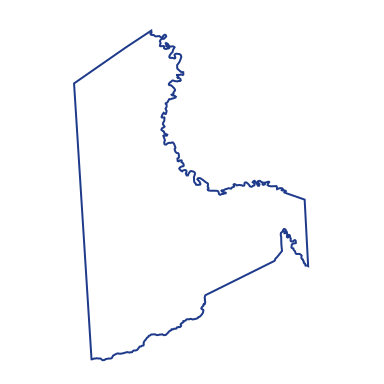 Kamrieng, Batdâmbâng, Cambodia (Natural Earth projection), rotated 267°
{"feature_id": "14789045B46526313837061", "entity_name": "Kamrieng", "entity_type": "district", "adm_level": 2, "iso_a3": "KHM", "parent_name": "Cambodia", "parent_adm1": "Batdâmbâng", "projection": "natural_earth1", "projection_center": [102.586, 13.09], "detail": "fine", "context": "isolated", "style": "outline", "palette": "blue", "viewbox_px": 384, "rotation_deg": 267, "n_neighbors": 0, "source": "geoboundaries", "source_scale": "gbopen_adm2", "svg_char_len": 6048}
<svg xmlns="http://www.w3.org/2000/svg" viewBox="0 0 384 384"><g transform="rotate(267 192 192)"><path d="M306.6,79.9L30.2,82.9L30.2,83.8L30.9,85.8L30.7,86.7L31.0,88.2L30.6,89.7L30.6,91.5L30.4,92.0L28.8,93.7L28.7,94.4L28.9,96.1L29.6,96.9L30.1,100.3L29.9,100.9L30.1,102.6L30.5,103.3L32.7,104.6L34.2,107.6L34.7,109.2L34.2,112.0L34.6,115.0L35.2,117.3L35.5,119.1L34.9,121.3L35.2,122.0L35.1,123.0L35.2,123.8L36.1,124.4L36.8,125.9L36.7,127.3L37.0,128.6L37.5,129.3L40.4,131.7L40.5,133.1L41.1,134.1L41.3,135.4L41.9,135.8L44.0,135.8L45.8,136.8L47.1,138.2L48.7,139.3L49.7,140.9L50.6,141.3L51.1,142.9L51.7,143.6L51.9,144.3L51.7,148.0L50.9,149.3L51.1,151.7L51.3,152.2L51.3,154.1L51.5,154.7L50.5,156.4L50.6,158.2L52.4,160.4L53.7,161.5L54.9,163.3L55.1,164.2L56.0,164.5L55.9,166.2L56.4,167.0L56.3,168.6L56.4,169.1L57.6,169.9L57.5,170.8L58.0,171.7L57.7,172.7L58.0,173.4L59.0,174.2L60.4,173.7L61.2,174.3L62.5,176.6L63.5,176.6L63.7,178.1L64.1,179.0L64.9,179.6L65.2,180.5L65.0,182.5L65.3,183.1L65.3,184.7L64.8,185.6L64.7,186.5L65.2,189.3L65.7,191.1L66.7,191.8L67.0,193.1L68.7,195.0L70.8,196.6L73.1,197.2L73.7,197.1L74.7,195.5L75.3,195.2L76.4,195.8L77.6,197.2L78.6,197.4L79.5,197.9L79.1,198.6L79.9,199.1L81.8,199.5L83.4,199.1L84.0,199.4L85.7,199.1L87.5,199.6L88.3,200.1L118.8,270.6L119.7,271.4L120.8,271.6L122.6,273.6L128.4,278.8L135.2,278.5L142.7,278.7L143.7,278.4L145.9,278.5L146.5,278.7L147.8,280.4L149.3,281.0L150.2,281.8L150.1,282.7L149.6,283.4L148.8,283.8L148.3,283.5L147.5,282.2L146.0,282.2L146.0,283.3L146.8,284.6L145.4,284.9L142.2,284.4L141.6,284.9L141.6,285.5L142.1,286.1L142.6,286.2L143.8,285.7L144.0,286.3L144.0,286.9L143.5,287.4L141.4,287.7L140.3,288.2L138.4,287.9L137.8,288.1L137.5,288.5L137.3,289.5L137.5,290.3L138.6,291.9L138.4,292.6L137.8,293.0L135.7,293.1L135.3,292.0L135.4,291.2L134.9,289.6L134.1,288.9L131.6,288.4L131.0,288.6L130.3,290.3L129.2,290.3L127.3,291.8L125.2,292.3L124.6,293.2L124.6,295.7L124.3,296.6L123.2,297.9L122.6,298.2L120.7,297.7L119.3,298.3L118.8,299.2L117.6,299.3L117.1,299.9L115.4,300.0L114.8,300.4L114.6,301.1L112.6,301.5L112.6,302.9L111.9,304.1L178.5,304.1L186.5,284.5L186.9,284.2L188.0,285.8L188.4,285.5L188.4,284.2L189.1,283.7L188.8,282.2L189.2,281.7L190.2,282.8L190.7,282.6L191.0,282.1L191.3,280.1L190.4,277.1L193.1,276.9L193.5,276.5L193.5,271.6L194.1,268.9L195.1,267.8L196.7,268.6L197.8,269.6L198.3,269.2L197.5,265.2L196.5,265.4L195.8,265.1L195.4,263.6L195.7,263.0L196.2,262.8L197.7,263.4L198.3,262.0L199.6,260.3L199.4,258.6L198.8,258.2L198.1,258.5L196.3,259.8L194.8,259.4L194.7,258.3L198.1,256.5L199.9,255.1L199.8,254.5L199.4,253.8L198.6,253.1L197.4,254.6L196.1,254.9L195.3,254.5L195.2,253.7L194.2,252.0L194.1,251.4L194.7,250.0L195.8,249.6L197.6,248.1L198.6,246.9L198.8,246.3L198.6,245.3L198.0,244.9L196.6,244.8L195.6,244.2L195.6,242.8L196.1,242.1L196.6,239.2L196.2,237.1L197.3,235.8L197.6,235.1L197.6,234.3L197.2,233.9L195.4,234.4L194.8,233.8L194.7,232.8L194.2,231.9L193.3,231.2L193.9,228.7L193.4,227.3L193.0,225.4L192.1,223.6L192.1,221.9L191.8,221.5L191.0,221.9L190.6,222.5L189.8,225.1L189.3,225.7L188.9,225.5L189.0,224.7L188.4,223.1L188.4,221.5L187.8,220.3L187.9,219.5L188.5,218.9L190.5,218.5L191.4,218.0L191.9,217.1L192.3,210.8L192.7,208.5L193.2,207.9L194.0,207.8L194.6,208.6L195.3,208.7L196.6,207.9L197.8,208.3L199.3,208.4L200.1,207.8L201.0,206.3L203.3,203.7L205.2,201.2L205.5,200.5L205.5,199.3L205.2,198.5L204.4,198.0L201.7,200.2L199.7,200.8L199.1,200.7L198.9,200.0L198.8,197.7L199.1,196.4L200.4,196.0L201.4,195.0L202.3,194.7L206.8,194.7L210.0,196.0L211.5,195.6L212.1,194.9L213.0,192.4L212.8,191.4L210.7,189.6L208.8,188.8L208.8,187.6L210.6,186.8L212.6,187.6L213.7,187.4L214.3,186.6L214.2,185.1L213.7,183.6L213.2,183.2L214.1,181.8L214.5,181.7L215.7,180.6L216.2,180.5L217.1,181.2L217.9,182.7L218.3,184.8L219.2,185.2L221.0,184.7L221.8,184.0L222.3,183.1L223.7,183.4L224.1,183.2L224.2,181.5L223.3,180.3L223.7,179.3L226.2,179.2L226.5,180.1L227.3,180.8L230.5,180.8L231.5,180.2L231.7,179.0L232.2,178.3L233.2,177.5L235.4,176.9L236.1,177.0L236.6,177.6L237.2,177.8L241.0,176.6L242.5,175.5L242.4,174.1L242.1,173.5L242.3,172.3L242.2,171.1L241.8,170.1L240.7,168.5L240.8,167.6L241.2,167.1L243.1,166.8L245.1,167.7L249.6,166.3L250.0,166.8L249.6,167.6L249.7,169.9L250.5,170.3L252.1,167.5L253.7,167.1L254.2,166.8L254.4,166.1L255.7,164.7L256.3,164.8L257.4,165.6L258.0,167.2L258.7,168.0L261.1,166.6L261.8,166.5L263.0,167.0L264.3,168.0L267.4,168.4L267.9,168.2L267.9,166.0L268.5,165.5L270.9,166.5L272.6,167.9L271.3,169.3L271.5,170.1L274.3,170.9L276.6,169.9L278.1,171.0L279.9,171.2L280.5,171.2L281.5,170.3L282.0,170.4L282.1,171.1L282.8,172.1L285.9,174.1L285.8,175.6L286.4,177.3L286.6,178.8L287.3,180.5L287.9,180.9L288.8,179.9L289.7,177.1L290.2,176.7L290.6,177.4L290.5,178.0L291.0,178.7L292.5,178.7L294.2,180.3L294.9,180.4L296.3,179.8L299.0,177.4L299.7,176.4L299.9,175.0L300.4,174.5L301.2,174.6L302.5,175.6L303.3,177.0L304.3,178.1L304.4,178.9L303.6,180.9L303.2,183.2L303.5,183.9L303.5,186.0L304.1,186.6L305.3,186.4L306.4,185.2L306.5,184.6L306.4,184.0L307.0,183.6L307.2,184.3L308.6,184.2L309.0,183.8L309.2,183.1L309.7,183.1L309.6,186.0L310.0,187.1L309.3,188.9L309.8,189.5L312.1,189.5L312.3,187.6L312.8,187.3L313.0,186.7L316.0,183.8L317.5,183.7L319.5,183.8L322.4,186.2L325.6,187.7L327.5,188.4L329.3,188.0L330.4,186.8L330.9,183.6L330.8,182.7L329.7,181.7L327.1,182.4L326.5,182.2L326.3,181.6L327.0,179.2L327.1,177.0L328.0,176.4L328.7,176.5L329.9,177.1L332.1,179.0L332.7,179.9L335.1,180.6L337.4,182.2L337.8,181.9L338.4,180.8L338.5,180.0L338.3,178.3L338.5,177.5L339.1,176.8L341.2,175.5L342.2,173.9L341.9,173.5L339.9,174.2L339.2,173.8L338.6,174.6L337.9,176.5L337.1,176.8L336.7,176.4L336.2,173.3L336.4,172.5L337.1,171.6L338.7,171.7L339.3,171.3L339.2,168.2L339.6,167.6L340.8,167.8L342.2,168.5L344.3,167.8L345.5,168.5L346.4,169.7L346.6,171.1L346.4,171.8L347.6,173.3L348.7,174.4L350.1,173.9L350.5,173.1L349.8,171.8L349.2,171.2L348.1,170.8L347.5,169.9L349.4,167.5L349.3,163.8L350.0,162.7L350.5,162.3L350.9,161.4L350.8,160.3L351.3,159.2L352.1,158.8L353.2,159.9L355.3,159.8L339.9,133.6L306.6,79.9Z" fill="none" stroke="#1e3a8a" stroke-width="2"/></g></svg>